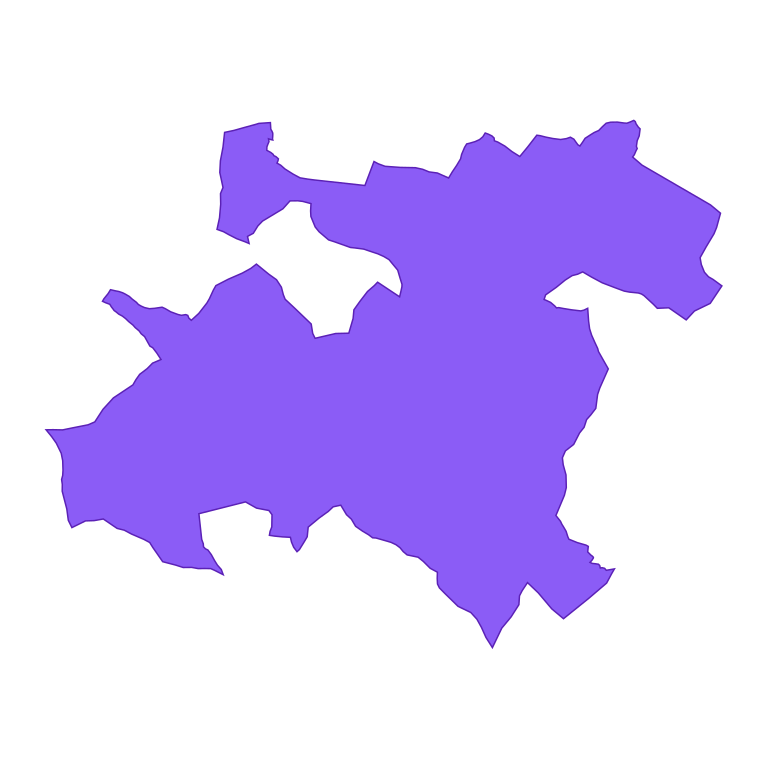 outline of Nwangele, Imo, Nigeria
{"feature_id": "59680162B11133908611483", "entity_name": "Nwangele", "entity_type": "district", "adm_level": 2, "iso_a3": "NGA", "parent_name": "Nigeria", "parent_adm1": "Imo", "projection": "albers", "projection_center": [7.127, 5.702], "detail": "fine", "context": "isolated", "style": "filled", "palette": "violet", "viewbox_px": 768, "rotation_deg": 0, "n_neighbors": 0, "source": "geoboundaries", "source_scale": "gbopen_adm2", "svg_char_len": 5092}
<svg xmlns="http://www.w3.org/2000/svg" viewBox="0 0 768 768"><path d="M110.5,289.7L109.6,291.2L108.1,293.6L106.0,296.2L103.9,298.8L102.5,301.3L105.5,302.7L109.8,304.3L111.4,306.9L112.9,308.8L114.1,310.5L116.2,312.0L118.7,314.1L122.4,316.1L125.6,318.6L128.8,321.7L132.9,325.0L135.2,327.6L139.1,330.9L141.2,333.8L144.6,336.6L149.9,346.1L152.7,347.7L156.7,352.9L161.0,359.5L152.6,363.1L147.2,368.6L139.7,374.3L135.9,379.7L132.9,384.9L113.4,397.9L103.0,409.3L94.8,421.9L88.1,424.8L73.4,427.7L62.6,429.9L53.1,429.7L46.1,429.8L51.7,436.7L56.3,443.2L61.2,453.2L62.7,460.7L63.0,470.3L62.7,475.4L61.6,479.5L62.3,484.4L62.2,491.2L66.8,509.0L68.3,520.3L71.9,527.6L85.5,520.9L94.2,520.6L103.3,519.0L117.1,528.4L124.3,530.2L131.4,534.0L143.9,539.4L149.7,542.5L152.9,547.6L162.7,561.7L175.7,565.1L183.2,567.5L191.7,567.4L198.2,568.6L204.6,568.5L210.7,568.6L214.5,570.3L223.2,574.7L221.3,569.5L217.4,565.1L214.6,560.6L211.3,554.6L207.9,550.0L205.4,548.8L203.5,546.8L203.3,543.8L201.7,539.4L198.9,513.7L245.5,501.9L256.5,508.1L268.9,510.5L272.0,514.7L271.8,526.9L270.1,531.3L269.4,535.3L274.5,536.1L282.6,536.9L290.4,537.3L291.5,542.1L293.7,547.3L297.0,551.7L299.4,549.6L304.0,542.2L307.2,536.8L308.2,527.1L319.3,517.9L328.3,511.4L333.2,506.8L340.8,505.2L346.5,514.7L351.4,519.2L355.6,526.3L362.6,531.2L368.5,534.7L372.6,537.8L376.0,538.0L387.5,541.3L391.1,542.4L396.0,544.7L400.0,547.7L403.2,551.6L407.1,554.9L418.1,557.2L423.4,561.5L430.2,568.3L437.4,572.2L437.2,578.4L437.5,584.0L439.4,587.9L445.0,593.6L458.1,606.4L470.8,612.5L476.9,619.2L481.4,627.3L486.0,637.5L492.4,647.6L501.8,628.1L511.1,616.9L518.9,604.7L519.5,595.8L522.2,590.6L527.5,582.6L538.3,592.9L551.8,608.9L563.5,618.7L588.8,598.3L606.6,583.1L611.6,573.8L614.4,568.9L606.3,570.3L604.6,568.3L602.1,567.7L600.3,568.0L599.7,565.5L598.4,564.2L595.0,563.7L592.2,563.4L590.0,562.4L592.0,560.2L593.3,558.1L593.4,557.3L592.4,556.2L590.8,555.0L587.7,551.9L588.0,548.9L588.3,546.4L586.0,545.1L577.3,542.6L568.9,539.2L567.8,536.7L566.1,531.3L563.3,526.5L561.9,524.3L560.5,521.3L555.9,515.5L564.4,495.3L566.3,487.6L566.0,474.9L563.2,464.7L562.4,457.8L565.4,450.9L573.7,444.4L579.6,432.9L584.1,427.3L586.6,419.6L590.8,414.9L595.8,408.4L597.6,394.5L599.8,388.0L608.3,368.9L598.5,351.6L597.7,348.5L594.8,342.3L591.6,335.1L589.6,328.7L588.6,321.1L587.7,308.3L584.0,310.1L580.8,310.9L571.5,309.8L563.5,308.5L558.7,307.6L556.5,307.9L554.7,305.9L550.6,302.4L546.1,300.3L544.1,299.5L545.6,294.9L556.2,287.4L565.3,280.0L572.2,275.6L577.7,274.2L582.7,271.9L591.4,277.0L602.2,282.8L615.0,287.7L624.2,291.1L629.5,292.1L638.4,293.0L641.5,294.0L644.1,295.7L653.4,304.3L657.3,308.3L668.8,307.8L686.2,319.9L694.5,311.0L710.2,303.4L721.9,285.9L713.0,279.4L708.5,276.8L704.4,272.2L701.3,264.5L700.1,257.7L706.3,246.6L714.0,233.8L716.6,227.5L720.5,213.2L710.5,204.9L642.0,165.1L632.6,157.0L634.3,154.8L636.1,150.6L637.2,148.6L636.4,146.3L637.2,140.7L639.2,135.9L640.1,128.9L638.3,127.1L636.0,123.7L635.3,121.6L633.8,120.4L630.1,122.0L626.9,123.2L624.0,123.0L617.3,122.1L610.6,122.2L606.2,123.2L602.5,126.6L598.7,130.5L594.2,132.5L590.8,134.6L585.1,138.3L582.7,142.0L579.9,146.0L577.9,144.8L575.5,141.5L573.9,139.2L570.4,137.2L566.4,138.6L560.6,139.5L552.8,138.5L545.8,137.1L540.3,135.7L536.8,135.2L527.8,146.8L519.8,156.5L512.0,151.6L504.9,146.1L497.7,142.0L494.4,140.8L494.1,138.0L491.9,135.9L488.2,134.1L485.2,133.0L482.8,136.8L479.5,139.6L475.1,141.6L469.3,143.3L466.7,143.9L464.6,147.3L461.6,154.4L460.6,158.8L456.6,165.5L452.4,171.7L448.6,178.0L437.4,173.0L429.1,171.9L422.7,169.3L415.4,167.7L400.2,167.4L385.1,166.3L378.3,163.8L374.0,161.5L364.9,185.5L314.7,180.0L307.7,179.1L299.9,177.8L293.1,174.1L285.0,169.0L280.7,165.2L277.0,163.1L278.0,160.7L278.4,158.8L275.9,156.6L273.9,155.7L273.0,154.2L270.7,152.4L266.8,150.3L266.9,146.9L267.9,144.2L269.0,141.6L268.5,138.8L270.9,139.6L272.8,140.0L272.5,139.0L272.7,136.8L272.8,134.0L272.7,132.9L271.8,130.9L270.8,129.2L270.4,122.6L258.8,123.4L256.3,124.2L244.3,127.5L234.0,130.4L224.6,132.4L223.0,147.1L220.4,160.8L219.8,172.5L223.0,187.5L220.5,193.6L220.7,204.2L219.5,217.9L217.0,229.4L223.5,231.7L228.7,234.6L236.7,238.7L244.8,241.7L249.1,243.5L247.5,236.4L253.3,233.3L257.9,225.9L262.5,221.1L282.9,208.8L290.0,200.9L297.8,200.8L302.7,201.4L311.0,203.6L310.6,210.9L310.9,216.5L315.2,227.0L319.1,231.8L328.6,239.9L334.5,241.8L350.5,247.5L354.6,247.9L363.7,249.1L372.3,252.0L377.8,253.8L383.8,256.5L389.0,259.6L397.7,270.1L400.0,277.9L402.0,284.4L401.9,286.8L400.9,291.4L399.6,296.8L377.6,282.2L374.3,285.6L367.5,291.5L359.9,301.4L353.9,309.8L353.1,318.5L348.8,333.2L335.7,333.5L315.1,338.3L312.7,333.4L311.2,324.0L294.4,307.9L285.1,299.2L283.3,294.6L281.4,287.2L276.5,279.7L268.8,274.2L256.4,264.1L250.8,268.4L242.3,273.1L228.3,279.2L215.9,285.6L213.4,290.0L209.4,298.7L206.9,303.0L198.8,313.4L191.3,320.3L188.8,318.0L187.8,315.4L185.8,314.6L181.4,315.3L178.0,314.5L170.7,311.8L165.2,308.6L162.1,307.2L154.7,308.3L149.4,308.7L144.6,307.6L141.4,306.2L138.4,304.5L136.4,302.3L132.2,299.1L129.4,296.5L125.3,294.1L122.7,292.8L118.9,291.5L115.7,290.9L110.5,289.7Z" fill="#8b5cf6" stroke="#5b21b6" stroke-width="1.5"/></svg>